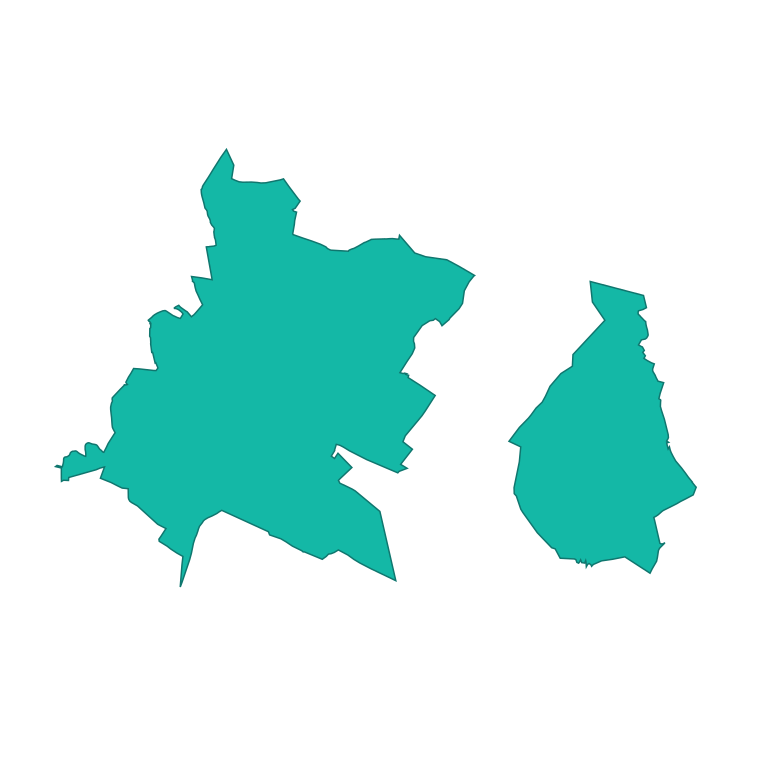 Tlalnepantla de Baz, México, Mexico, rotated 5°
{"feature_id": "50627088B83704156466481", "entity_name": "Tlalnepantla de Baz", "entity_type": "district", "adm_level": 2, "iso_a3": "MEX", "parent_name": "Mexico", "parent_adm1": "México", "projection": "natural_earth1", "projection_center": [-99.176, 19.546], "detail": "fine", "context": "isolated", "style": "filled", "palette": "teal", "viewbox_px": 768, "rotation_deg": 5, "n_neighbors": 0, "source": "geoboundaries", "source_scale": "gbopen_adm2", "svg_char_len": 6115}
<svg xmlns="http://www.w3.org/2000/svg" viewBox="0 0 768 768"><g transform="rotate(5 384 384)"><path d="M412.9,578.9L391.0,511.3L364.6,493.0L361.3,491.4L354.8,488.9L348.7,486.7L347.0,484.0L348.6,482.0L359.3,470.0L344.2,457.0L341.2,462.5L337.8,460.5L340.7,454.6L340.5,454.2L341.7,448.3L344.0,448.6L345.7,449.0L349.1,450.4L355.5,453.6L373.3,460.8L405.5,471.3L406.7,469.7L414.4,466.0L407.6,462.6L418.0,446.5L407.9,439.9L409.7,433.8L424.6,412.3L427.5,407.2L436.0,391.0L419.9,382.0L407.4,375.5L407.8,373.2L404.6,372.5L404.7,372.0L405.3,371.7L403.5,371.4L403.2,371.6L402.0,371.9L398.9,371.3L405.0,359.5L409.5,351.4L411.5,345.4L410.8,341.3L409.7,338.9L409.5,335.1L416.9,322.5L424.1,317.0L427.5,316.2L429.5,314.4L434.0,317.0L436.7,320.9L443.2,314.2L443.9,312.6L452.2,302.5L455.2,296.8L455.9,284.1L459.9,274.8L464.0,268.7L464.8,268.0L449.0,260.5L435.8,254.8L414.3,253.6L403.2,250.8L386.5,234.5L386.1,238.4L384.0,238.5L379.7,238.4L376.5,238.8L373.6,239.3L371.9,239.4L361.8,240.6L358.6,241.1L358.2,241.5L352.8,244.6L352.2,244.7L346.6,248.7L342.4,251.4L340.0,252.4L337.8,253.6L336.9,254.5L337.5,254.8L319.6,255.3L318.6,255.1L315.9,254.0L314.2,252.5L311.7,251.5L308.5,250.3L300.1,248.0L290.5,245.7L280.4,243.1L280.0,242.2L280.8,232.6L280.8,229.1L281.9,220.4L278.9,219.7L277.6,218.2L280.2,216.7L284.5,209.1L282.5,207.2L272.0,195.5L266.0,188.4L262.9,189.7L248.6,193.9L243.9,194.5L240.2,194.3L234.4,194.4L225.8,195.3L222.0,195.2L217.8,194.0L214.3,192.7L215.3,179.1L206.6,164.0L201.6,172.6L195.5,184.4L191.0,193.4L186.7,201.4L186.0,203.0L185.7,205.3L184.9,206.1L185.4,209.5L185.7,210.8L186.3,212.8L188.7,219.2L190.2,223.9L190.6,224.7L191.8,225.8L192.8,227.3L193.5,230.5L194.1,232.0L196.1,235.0L196.8,236.8L196.9,238.1L198.5,240.6L200.9,242.9L201.5,243.9L201.4,245.2L201.4,246.2L201.2,247.2L202.0,251.1L202.2,251.5L202.3,252.5L203.5,255.1L204.7,260.3L202.8,261.4L198.1,262.3L197.8,262.5L195.3,262.8L195.0,262.9L203.7,295.1L193.5,294.2L182.9,293.7L184.3,297.5L184.2,298.3L185.9,299.5L186.4,300.5L187.4,304.1L188.7,307.7L189.1,308.4L190.9,311.5L193.3,315.8L196.4,320.9L191.4,327.9L189.4,330.6L188.4,331.8L187.5,332.6L186.3,333.8L181.6,329.2L180.1,328.5L175.0,325.5L173.9,324.7L172.7,323.5L169.9,325.2L169.0,326.0L168.5,326.5L168.7,327.0L169.4,326.9L171.4,327.3L173.1,328.0L175.1,329.3L176.5,330.4L177.7,331.8L175.4,336.4L174.4,336.3L172.3,335.8L169.1,334.6L168.0,334.3L160.7,330.3L159.5,329.9L157.3,330.4L154.8,331.6L151.9,333.2L149.4,335.0L147.9,336.4L146.8,337.8L143.6,341.0L144.2,341.8L145.6,342.7L145.7,343.1L145.6,344.1L146.2,343.9L146.4,343.9L146.6,348.3L145.9,349.1L146.4,356.8L147.4,358.3L148.1,363.6L148.0,364.2L149.9,372.8L150.6,372.6L150.9,373.1L154.2,383.1L154.8,382.7L157.4,387.7L156.6,389.2L155.7,390.5L153.3,390.6L139.5,390.3L133.2,390.4L130.9,395.5L128.9,399.3L126.7,404.7L127.2,405.6L128.4,406.9L126.9,407.4L125.4,407.4L125.3,408.0L122.0,411.9L115.7,419.9L114.5,421.5L114.5,422.9L114.9,424.4L114.9,425.0L114.2,426.9L114.0,428.4L113.7,430.8L113.9,433.0L114.6,436.7L115.6,441.5L116.7,448.5L117.2,450.8L118.0,452.3L120.4,456.0L119.5,457.5L114.4,467.3L112.9,471.4L110.8,476.5L110.2,476.4L109.5,476.0L108.2,474.8L106.5,473.7L106.1,473.3L104.1,470.8L103.3,470.0L102.7,469.7L101.3,469.4L98.5,469.2L95.3,468.3L94.3,468.4L93.2,469.0L92.1,470.1L91.8,471.2L91.7,472.0L92.0,475.3L92.7,477.8L93.1,480.2L93.1,482.1L92.2,482.0L87.8,480.3L86.9,479.9L85.3,479.0L84.7,478.5L83.6,477.8L82.9,477.6L82.1,477.6L81.4,477.9L79.8,478.1L79.3,478.3L78.6,478.8L77.7,479.6L77.0,481.8L76.7,482.4L75.2,483.7L74.3,484.2L72.8,484.5L72.1,484.9L71.6,485.6L71.4,486.4L71.5,488.7L71.4,490.8L70.8,494.5L65.4,493.6L64.0,494.9L69.9,495.8L70.8,505.9L71.2,509.1L73.2,507.8L78.1,507.6L78.1,504.6L104.7,494.5L108.5,492.5L112.8,491.0L109.7,502.6L120.6,505.9L127.5,508.7L132.2,510.5L138.3,510.6L139.2,519.3L139.6,520.8L140.9,522.8L142.7,524.0L149.0,526.9L170.7,543.4L172.0,544.0L179.4,547.0L175.1,555.1L173.3,558.2L173.8,560.3L179.2,563.0L182.2,564.5L186.0,567.0L192.5,570.5L198.7,573.3L198.5,581.7L198.7,604.0L200.0,599.4L205.7,576.0L206.9,569.3L208.0,559.4L209.2,553.9L210.3,551.0L211.4,546.6L211.8,544.5L212.6,541.8L215.1,538.0L216.0,536.2L217.1,534.9L220.2,532.6L224.1,530.5L228.7,527.6L231.2,525.5L233.4,524.0L281.7,541.2L283.2,544.3L294.8,547.2L300.2,549.8L306.9,553.5L316.5,557.2L318.0,558.3L319.4,558.2L337.8,564.0L341.5,560.8L343.5,558.3L346.0,557.7L349.2,556.1L353.0,553.3L362.9,557.5L369.4,561.4L375.5,564.4L387.4,569.3L412.9,578.9ZM665.5,549.3L667.3,544.7L671.0,536.8L671.5,532.7L671.9,526.0L672.4,524.6L673.2,523.1L676.7,519.0L677.7,517.6L675.7,519.0L673.8,519.1L672.7,518.6L665.4,496.1L664.4,493.4L666.4,492.1L668.6,490.3L672.1,486.6L673.3,485.6L682.6,479.9L686.3,477.6L689.6,475.2L694.6,472.1L701.7,467.5L704.0,459.6L703.0,458.7L699.4,454.9L699.6,454.7L695.1,450.1L692.4,446.9L687.7,441.7L681.3,435.3L678.3,430.9L676.0,427.2L674.9,424.9L673.8,421.7L672.7,423.9L670.7,418.1L672.6,417.3L670.5,416.2L671.5,414.2L672.0,412.6L671.5,409.6L666.4,394.7L662.8,386.3L661.3,382.3L661.1,378.2L661.1,376.2L660.9,375.7L659.1,374.7L659.9,369.4L662.5,358.3L656.7,357.3L654.4,353.7L653.4,351.7L650.6,347.8L650.3,345.7L651.5,340.4L648.6,339.6L644.0,337.6L640.7,335.8L641.9,333.1L639.0,329.9L640.4,327.9L638.2,324.6L637.0,324.2L634.1,322.9L636.6,317.6L640.4,316.4L641.6,315.3L642.5,313.5L642.8,312.7L642.8,311.7L641.7,307.2L640.6,304.4L639.7,301.5L639.2,298.9L638.5,298.6L637.5,297.8L634.9,295.5L634.4,295.2L634.0,294.7L632.4,293.2L631.3,292.5L630.9,291.1L631.0,289.4L631.2,288.9L635.5,287.2L638.8,285.1L634.8,273.2L580.5,263.9L584.5,284.2L598.5,301.3L569.7,338.2L570.1,349.9L559.3,358.2L549.6,371.8L546.0,381.9L543.2,388.3L537.6,394.7L533.2,402.0L530.9,405.4L522.7,415.4L513.5,430.2L525.7,434.7L525.6,449.8L522.6,475.9L523.3,481.9L525.6,484.0L531.2,496.8L533.6,500.0L549.7,518.8L565.3,532.5L568.9,533.3L574.7,542.2L589.1,541.7L590.5,542.3L591.7,544.9L593.5,545.5L594.3,544.3L595.2,542.0L596.0,543.6L596.5,544.7L599.5,544.9L600.3,542.3L600.8,543.9L601.5,548.4L602.5,546.1L603.7,545.0L604.3,545.0L604.9,545.5L605.6,545.9L606.0,546.2L606.7,547.5L608.3,545.5L616.2,541.2L626.9,538.7L639.0,535.2L665.5,549.3Z" fill="#14b8a6" stroke="#0f766e" stroke-width="1.5"/></g></svg>